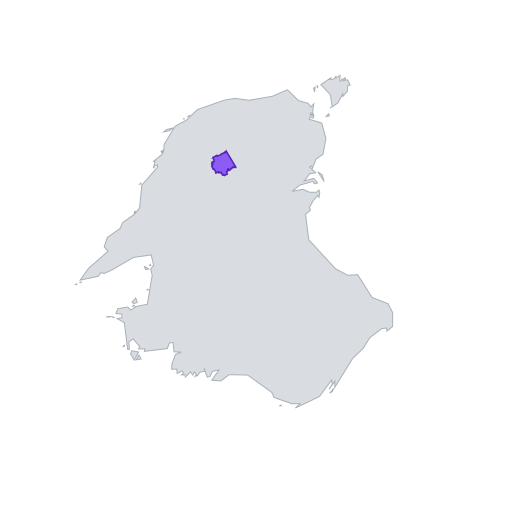 Paroo, Queensland, Australia shown in context, rotated 239°
{"feature_id": "25037944B13506382949724", "entity_name": "Paroo", "entity_type": "district", "adm_level": 2, "iso_a3": "AUS", "parent_name": "Australia", "parent_adm1": "Queensland", "projection": "equal_earth", "projection_center": [145.53, -27.987], "detail": "fine", "context": "in_parent", "style": "filled", "palette": "violet", "viewbox_px": 512, "rotation_deg": 239, "n_neighbors": 0, "source": "geoboundaries", "source_scale": "gbopen_adm2", "svg_char_len": 6556}
<svg xmlns="http://www.w3.org/2000/svg" viewBox="0 0 512 512"><g transform="rotate(239 256 256)"><path d="M331.7,106.2L336.3,131.8L342.0,130.6L348.5,138.2L349.6,153.7L353.4,159.1L354.4,173.5L357.1,180.9L375.6,194.7L382.8,217.2L384.9,218.4L385.3,214.4L389.3,218.4L389.9,216.5L391.5,227.8L393.9,231.2L399.0,234.7L408.9,253.6L408.3,266.2L411.7,281.2L405.9,309.0L402.1,318.9L393.1,330.2L384.5,352.2L382.3,368.5L367.4,372.4L360.0,379.3L355.4,379.9L356.7,383.9L349.5,378.1L350.5,376.8L350.0,375.3L348.7,375.3L346.3,377.8L344.6,376.2L347.4,373.9L345.8,372.1L336.1,380.8L320.8,376.5L308.7,365.8L308.1,357.4L302.3,349.7L304.7,350.0L304.6,347.7L296.6,350.1L298.8,344.3L295.5,336.0L292.8,345.5L286.9,346.4L287.8,343.3L290.6,343.2L294.2,330.2L292.8,320.3L289.0,330.7L283.2,334.6L279.4,340.8L280.1,343.9L277.8,343.5L273.8,340.1L276.2,340.0L274.2,333.9L270.2,327.0L267.1,326.1L266.3,320.0L242.8,309.6L204.2,317.5L192.3,324.6L187.6,333.5L160.7,334.1L147.1,344.6L137.2,344.0L125.2,336.8L124.2,329.6L127.1,330.8L129.0,326.4L127.4,311.5L121.6,300.2L118.4,286.0L102.8,255.9L108.0,259.1L104.2,249.9L106.8,255.3L110.7,257.0L102.9,237.9L105.4,211.4L106.8,217.7L110.7,210.8L125.4,198.6L130.9,199.3L158.3,187.5L168.1,171.8L167.0,161.5L172.3,154.1L177.4,165.6L179.6,159.2L176.4,154.6L177.2,151.8L186.5,153.7L183.5,152.6L185.3,148.1L183.5,144.0L188.4,143.5L186.5,140.5L190.6,140.1L189.1,135.7L192.5,130.9L192.8,133.8L195.7,133.4L195.8,127.9L199.9,129.8L202.4,125.4L206.9,128.5L213.0,136.1L212.2,142.3L216.0,136.4L224.5,140.3L226.1,137.0L222.3,132.3L231.7,111.3L233.7,112.7L236.9,107.4L238.2,109.7L248.3,108.0L247.9,102.9L241.0,99.2L242.1,97.9L266.7,108.8L273.8,104.8L272.1,109.0L275.2,111.2L278.8,106.3L282.0,110.5L278.3,119.8L274.1,120.7L274.4,127.4L270.6,138.0L292.9,157.1L299.0,159.0L300.9,163.5L310.9,166.7L317.9,150.2L318.2,126.0L319.2,116.8L321.8,114.6L319.8,110.5L325.9,92.8L331.7,106.2ZM344.6,398.2L356.0,402.8L369.5,399.9L370.2,412.5L369.3,410.2L367.9,412.9L367.5,421.1L362.8,417.8L359.8,425.3L354.0,424.7L355.1,422.6L350.1,419.0L348.1,412.6L350.3,413.8L345.0,404.9L344.6,398.2ZM229.5,98.0L236.6,98.0L238.8,100.7L234.2,105.9L229.5,98.0ZM284.7,352.7L296.2,352.4L291.4,354.5L284.7,352.7ZM280.4,126.0L281.9,131.2L277.4,130.4L278.1,126.7L280.4,126.0ZM408.3,251.4L408.1,245.7L409.9,240.9L410.5,244.4L408.3,251.4ZM366.4,390.7L370.2,391.8L370.3,393.5L366.4,390.7ZM228.8,99.6L231.4,104.7L226.9,104.4L228.8,99.6ZM340.5,391.5L338.3,391.0L339.5,388.0L340.5,391.5ZM304.4,154.9L302.3,156.5L300.1,157.3L301.2,154.4L304.4,154.9ZM102.6,254.5L100.7,251.8L100.3,249.2L100.6,249.1L102.6,254.5ZM369.4,395.3L370.9,396.5L368.1,395.5L369.4,395.3ZM393.0,228.5L394.6,228.5L394.5,231.1L393.0,228.5ZM354.9,173.3L356.8,174.9L356.4,175.7L354.9,173.3ZM362.7,422.2L362.8,424.3L361.4,423.6L362.7,422.2ZM410.6,268.4L410.7,271.5L410.5,271.4L410.6,268.4ZM247.4,97.8L246.3,96.4L247.0,95.6L247.4,97.8ZM280.3,98.1L278.6,100.7L280.6,96.1L280.3,98.1ZM411.0,264.6L410.2,265.6L410.7,264.5L411.0,264.6ZM283.4,145.8L282.5,146.4L283.0,145.1L283.4,145.8ZM276.9,125.9L275.7,126.2L276.4,124.5L276.9,125.9ZM115.5,198.7L115.3,200.8L114.7,200.6L115.5,198.7ZM323.8,91.6L323.7,93.4L323.3,92.1L323.8,91.6ZM348.7,376.0L349.0,377.0L348.6,376.7L348.7,376.0ZM278.1,101.4L275.8,103.2L278.2,101.0L278.1,101.4ZM189.1,133.2L188.3,134.4L188.8,133.0L189.1,133.2ZM363.5,420.8L362.8,421.2L363.2,420.4L363.5,420.8ZM303.4,161.0L302.1,161.0L302.8,159.9L303.4,161.0ZM184.8,142.6L184.1,143.3L184.0,141.6L184.8,142.6ZM368.9,416.5L367.9,417.1L368.3,416.0L368.9,416.5ZM324.6,86.7L324.4,88.0L323.8,87.4L324.6,86.7ZM348.2,377.4L349.2,378.3L347.5,378.0L348.2,377.4ZM377.9,194.6L377.1,194.7L377.4,193.3L377.9,194.6ZM384.6,214.2L384.1,214.2L384.5,213.1L384.6,214.2ZM345.1,396.7L344.8,397.4L344.6,396.5L345.1,396.7Z" fill="#d9dde1" stroke="#a8b0b8" stroke-width="1"/><path d="M355.2,284.5L357.7,284.5L358.3,284.5L360.1,284.5L360.6,284.5L361.1,284.5L361.0,284.4L361.1,284.1L361.1,283.9L361.1,283.7L361.2,283.4L361.2,283.1L360.5,283.1L360.5,282.9L360.6,282.7L360.6,282.4L360.7,282.2L360.7,281.7L360.8,281.7L361.0,281.7L361.0,281.2L361.1,280.8L361.0,280.7L361.0,280.4L361.1,280.1L361.2,279.8L361.3,279.5L361.3,279.0L361.3,278.9L361.3,278.7L361.3,278.4L361.3,278.2L360.9,278.0L361.0,277.5L361.0,277.3L361.0,277.2L361.3,276.2L361.3,275.7L361.5,274.3L362.0,274.3L362.4,274.3L362.4,274.2L362.5,273.7L362.5,273.4L362.4,273.3L362.5,273.0L362.5,272.9L362.4,272.6L362.5,272.0L362.5,271.9L362.5,271.5L362.6,270.6L362.7,270.1L362.1,270.0L362.1,269.9L362.1,269.7L362.0,269.8L361.9,269.7L361.7,269.7L361.4,269.7L361.0,269.6L360.9,269.5L360.7,269.6L360.3,269.5L360.2,269.4L359.9,269.4L359.6,269.3L359.3,269.3L359.2,269.3L358.9,269.2L358.9,268.9L358.9,268.5L358.9,268.4L359.0,268.4L359.0,268.2L359.1,267.8L359.1,267.7L358.9,267.6L358.7,267.6L358.4,267.6L358.5,267.5L358.5,267.4L358.5,267.1L358.6,266.8L358.6,266.7L358.6,266.3L358.6,266.2L358.4,266.1L358.5,266.1L358.4,266.0L358.1,266.1L357.8,266.1L357.6,266.0L357.4,266.0L357.5,265.9L357.5,265.7L357.5,265.3L356.8,265.2L356.4,265.1L355.7,265.1L355.7,264.3L354.9,264.3L354.5,264.2L354.3,264.2L354.2,264.2L353.9,264.2L353.7,264.1L353.0,264.0L352.5,264.0L352.5,264.4L352.4,264.8L351.8,264.8L351.8,264.7L351.7,264.7L351.3,264.7L351.2,264.7L351.1,264.9L350.9,265.0L350.8,264.9L350.7,264.9L350.2,264.9L349.9,264.8L349.4,264.8L349.2,264.8L349.0,264.7L348.9,264.7L348.7,264.7L348.4,264.6L348.3,264.4L348.2,264.3L347.9,264.2L347.7,264.5L347.7,264.9L347.7,265.2L347.7,265.4L347.6,265.7L347.8,265.7L347.7,265.9L347.6,267.2L347.2,267.1L346.5,267.0L346.5,267.3L346.4,267.5L346.4,267.8L346.3,268.2L346.3,268.3L346.0,268.4L345.9,268.4L345.7,268.3L345.7,268.5L345.7,268.8L345.6,269.3L345.3,269.3L345.1,269.2L344.9,269.2L344.6,269.2L344.0,269.1L343.6,269.0L343.0,268.9L342.7,268.9L342.7,269.1L342.6,269.8L342.1,269.7L342.0,269.8L342.0,270.0L342.0,270.3L341.5,270.3L341.3,270.3L341.2,270.9L341.2,271.3L341.1,272.5L341.0,272.8L341.2,273.0L341.1,273.3L341.0,273.5L342.0,273.8L342.8,274.1L343.0,274.1L343.4,274.1L343.3,274.9L343.7,275.0L343.6,276.0L344.3,276.1L344.7,276.2L344.7,276.5L345.1,276.6L345.1,276.9L345.0,277.3L344.3,277.2L343.3,277.1L343.2,277.1L343.1,277.9L343.7,278.0L343.6,278.7L343.4,279.5L343.4,279.9L343.4,280.0L343.9,280.3L343.8,280.9L343.7,281.7L343.5,281.9L343.8,282.2L344.1,282.4L344.0,282.5L343.9,282.5L343.7,282.6L343.5,282.8L343.4,282.9L343.4,283.0L343.2,283.3L343.3,283.3L343.2,283.4L343.2,283.5L342.9,283.7L342.8,283.8L342.7,283.8L342.4,283.9L342.3,284.0L342.4,284.4L342.5,284.5L344.8,284.5L345.1,284.5L349.0,284.5L349.3,284.5L353.3,284.5L355.2,284.5Z" fill="#8b5cf6" stroke="#5b21b6" stroke-width="1.5"/></g></svg>